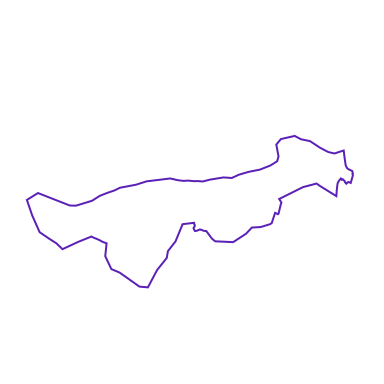 the district of Ogbaru, Anambra, Nigeria, rotated 62°
{"feature_id": "59680162B97395677882832", "entity_name": "Ogbaru", "entity_type": "district", "adm_level": 2, "iso_a3": "NGA", "parent_name": "Nigeria", "parent_adm1": "Anambra", "projection": "albers", "projection_center": [6.751, 5.908], "detail": "fine", "context": "isolated", "style": "outline", "palette": "violet", "viewbox_px": 384, "rotation_deg": 62, "n_neighbors": 0, "source": "geoboundaries", "source_scale": "gbopen_adm2", "svg_char_len": 2020}
<svg xmlns="http://www.w3.org/2000/svg" viewBox="0 0 384 384"><g transform="rotate(62 192 192)"><path d="M226.6,38.6L225.4,45.0L225.2,46.4L224.8,48.2L223.5,49.7L220.7,52.9L215.6,56.4L213.0,58.2L202.5,63.9L196.6,71.0L190.7,75.0L187.0,88.6L189.7,95.3L201.2,98.9L204.8,102.3L205.4,110.3L204.1,121.6L200.8,132.5L198.7,142.8L198.6,145.3L198.3,150.3L193.9,157.4L189.6,170.1L187.7,177.7L185.2,181.5L183.3,185.3L180.1,190.1L178.2,194.3L174.9,199.0L169.8,204.9L165.6,215.9L161.3,227.0L159.3,237.9L158.0,242.1L154.4,253.7L154.2,259.9L153.0,267.3L152.1,275.2L152.8,284.4L149.6,300.9L146.5,306.3L120.6,328.5L121.5,341.5L137.7,344.1L156.0,345.4L166.6,339.8L173.7,335.8L181.7,333.2L182.6,316.0L184.1,301.7L185.9,300.5L188.6,298.2L191.6,295.9L193.7,294.6L195.1,293.4L197.2,291.5L207.9,298.7L222.2,299.4L229.1,293.8L250.9,282.8L255.5,275.7L246.5,262.4L244.4,259.2L238.4,245.3L232.9,241.0L227.9,229.8L216.0,215.4L220.2,204.6L221.1,205.0L221.3,205.0L221.7,205.2L222.3,205.1L222.8,205.3L223.1,205.3L223.5,205.8L224.0,206.4L224.0,206.7L224.4,207.1L224.6,207.6L226.8,207.8L227.9,207.7L228.2,206.7L228.5,205.9L228.6,204.8L228.7,204.4L228.7,203.9L228.7,203.5L228.8,202.5L229.4,202.1L229.9,201.2L230.3,201.1L230.7,200.8L232.0,199.6L233.2,197.7L242.5,196.3L246.4,194.7L255.6,179.2L254.2,163.8L251.5,155.8L255.2,147.8L257.1,138.0L256.8,136.1L249.4,128.4L252.0,126.5L251.7,125.7L245.9,120.6L244.6,119.4L243.3,118.0L239.1,118.3L239.8,91.7L243.0,78.1L246.7,76.2L263.4,66.5L258.5,63.4L253.5,60.0L252.2,58.8L251.0,56.8L250.1,54.6L250.1,54.4L250.0,54.2L251.6,53.9L251.6,53.6L251.5,52.9L252.5,52.6L253.1,52.4L253.6,52.2L254.0,52.1L254.6,52.3L255.0,52.3L255.7,52.0L255.8,52.2L257.1,51.9L257.0,51.4L256.8,50.5L256.6,49.8L256.5,49.5L256.5,49.4L256.6,49.2L256.8,49.0L257.2,48.6L257.5,48.4L258.5,47.6L257.8,46.9L252.8,42.1L252.3,41.9L251.9,41.8L251.4,41.9L251.2,41.4L250.4,41.0L248.6,40.7L247.7,41.4L246.1,42.6L245.6,42.9L245.0,43.3L244.1,43.7L243.2,43.9L240.7,43.8L239.0,43.2L233.1,41.1L226.6,38.6Z" fill="none" stroke="#5b21b6" stroke-width="2"/></g></svg>